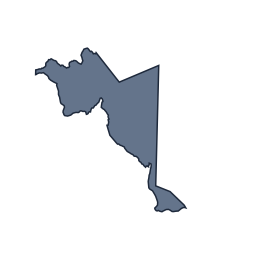 outline of São João da Fronteira, Piauí, Brazil, rotated 152°
{"feature_id": "56859067B29331211301697", "entity_name": "São João da Fronteira", "entity_type": "district", "adm_level": 2, "iso_a3": "BRA", "parent_name": "Brazil", "parent_adm1": "Piauí", "projection": "equal_earth", "projection_center": [-41.223, -3.936], "detail": "fine", "context": "isolated", "style": "filled", "palette": "slate", "viewbox_px": 256, "rotation_deg": 152, "n_neighbors": 0, "source": "geoboundaries", "source_scale": "gbopen_adm2", "svg_char_len": 2895}
<svg xmlns="http://www.w3.org/2000/svg" viewBox="0 0 256 256"><g transform="rotate(152 128 128)"><path d="M120.8,209.5L121.7,208.7L122.8,209.6L123.8,209.8L123.8,211.4L124.2,212.9L125.3,213.1L125.6,214.6L125.9,216.4L126.3,217.5L127.4,217.9L128.7,218.1L129.9,218.3L130.9,217.6L132.1,216.8L133.0,216.4L133.7,215.7L134.6,215.0L135.3,214.3L135.4,213.0L135.6,211.6L136.0,210.3L136.3,208.6L137.2,207.8L138.3,207.0L139.5,206.4L140.5,207.6L141.3,208.7L141.8,210.2L142.2,211.4L143.0,212.3L144.2,213.1L145.3,212.8L146.4,213.4L147.6,213.2L148.7,213.3L149.5,212.7L150.2,211.6L150.7,209.8L152.0,209.3L152.8,209.8L154.1,209.8L154.6,210.8L155.1,211.8L155.8,212.5L156.0,213.9L157.0,214.6L158.2,214.3L158.8,216.0L159.6,217.5L160.0,218.9L159.9,220.4L160.6,221.6L161.5,222.3L162.2,223.3L162.7,224.2L163.4,225.2L164.8,224.9L165.9,225.6L166.8,225.1L167.6,224.4L168.7,224.4L170.1,223.8L170.8,222.7L171.4,221.5L172.6,221.0L173.8,220.9L175.2,220.8L176.1,221.3L176.9,221.0L177.8,221.3L178.8,221.9L179.7,221.9L180.8,222.2L182.2,222.6L184.5,218.5L183.6,218.3L182.7,218.6L180.2,218.2L178.6,217.1L176.7,216.6L175.9,214.7L175.2,213.4L174.5,212.0L174.3,210.5L174.6,208.7L173.8,206.5L172.0,203.5L169.9,200.6L171.0,199.1L171.2,197.9L172.0,193.2L173.6,190.3L173.8,189.1L173.9,187.5L175.5,182.5L175.6,181.0L173.9,177.8L174.3,176.2L177.2,173.6L178.0,172.3L178.1,170.9L178.3,169.8L178.0,168.6L175.7,166.9L173.2,166.4L172.2,166.3L169.5,166.9L166.6,166.2L164.7,165.0L163.6,165.0L162.1,165.5L161.3,165.2L160.1,163.8L158.6,163.2L157.8,162.2L158.3,159.6L157.3,159.4L156.5,159.5L155.6,160.2L154.4,160.5L153.6,159.8L152.5,161.1L151.5,162.1L150.4,162.6L149.2,162.0L146.8,163.4L145.5,163.2L144.3,163.8L141.6,164.6L138.6,167.3L137.5,167.1L137.1,165.7L137.3,164.2L137.8,163.1L138.8,163.0L140.5,160.8L141.9,158.8L141.0,156.5L140.2,155.3L140.1,154.2L139.7,152.8L139.6,151.4L139.6,150.1L139.3,148.6L140.1,147.7L140.5,146.4L140.6,144.8L141.5,144.8L142.0,143.6L142.2,142.4L143.5,140.8L144.1,139.9L145.3,140.3L147.4,130.1L145.2,120.1L144.8,118.7L143.7,118.2L143.0,116.4L142.0,115.5L141.2,114.3L140.2,113.0L140.4,111.5L139.7,107.7L137.9,104.8L137.3,103.6L136.2,102.3L135.8,100.3L133.9,98.9L133.0,96.0L133.7,94.1L133.5,92.9L132.7,91.7L132.7,89.8L131.8,88.9L131.6,87.1L130.9,85.1L129.7,85.8L128.9,85.3L128.1,84.1L127.6,85.3L126.7,85.4L125.8,87.0L124.6,85.6L124.9,84.4L126.1,82.6L127.4,81.2L130.1,77.6L131.5,76.4L132.9,74.3L134.6,72.2L135.3,71.2L137.7,65.4L137.5,64.0L135.8,61.0L135.7,59.1L135.6,56.9L135.6,54.7L136.0,52.0L136.4,49.5L136.7,48.4L138.2,46.0L139.7,45.4L142.0,44.7L142.3,43.3L141.9,41.8L141.2,41.1L139.9,40.9L138.8,39.4L137.3,38.1L136.5,38.2L132.6,38.1L130.4,37.1L129.4,35.7L128.3,33.6L127.2,32.9L124.6,32.0L122.6,31.1L119.7,31.7L118.3,31.9L116.6,31.8L115.4,31.3L114.5,30.4L114.6,33.5L120.7,52.1L130.7,63.9L105.7,108.2L81.3,151.4L71.5,168.8L114.2,172.6L114.9,176.3L120.8,209.5Z" fill="#64748b" stroke="#1e293b" stroke-width="1.5"/></g></svg>